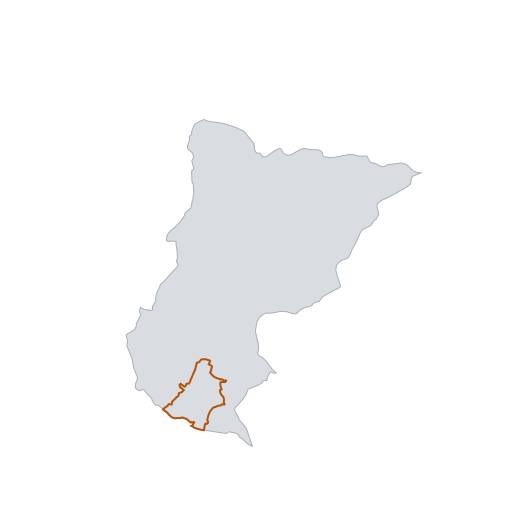 Mambéré-Kadéï on a map of Central African Republic (Natural Earth projection), rotated 318°
{"feature_id": "CAF-801", "entity_name": "Mambéré-Kadéï", "entity_type": "Prefecture", "adm_level": 1, "iso_a3": "CAF", "parent_name": "Central African Republic", "parent_adm1": "", "projection": "natural_earth1", "projection_center": [15.964, 4.523], "detail": "medium", "context": "in_parent", "style": "outline", "palette": "amber", "viewbox_px": 512, "rotation_deg": 318, "n_neighbors": 0, "source": "natural_earth", "source_scale": "10m", "svg_char_len": 5509}
<svg xmlns="http://www.w3.org/2000/svg" viewBox="0 0 512 512"><g transform="rotate(318 256 256)"><path d="M341.5,190.5L345.5,191.7L346.2,193.2L345.1,197.9L345.9,200.8L348.2,203.3L350.5,204.3L352.7,204.9L360.4,206.5L363.6,208.2L367.9,213.7L373.2,218.7L374.5,221.3L374.3,223.7L372.7,226.6L373.0,227.8L375.4,230.8L378.2,233.8L383.3,237.1L392.2,242.3L396.3,245.8L397.7,248.4L400.0,251.3L403.1,254.0L405.3,256.0L403.8,261.7L404.3,263.6L405.1,265.2L406.9,267.5L407.7,270.4L409.5,274.0L411.7,275.6L415.4,276.3L417.3,277.9L421.3,280.8L425.2,283.3L426.9,285.0L427.9,286.5L428.8,288.3L429.3,290.1L429.4,294.0L430.1,298.8L432.1,302.1L434.1,304.5L426.2,301.7L425.0,301.7L423.6,302.2L419.5,305.6L418.2,306.0L412.9,305.3L400.3,302.6L390.6,300.0L387.7,299.0L382.5,298.1L379.1,299.9L375.9,306.0L375.0,307.2L369.9,309.1L367.5,308.6L361.7,310.2L352.7,307.7L349.4,308.2L346.9,309.5L340.4,312.3L336.5,313.9L331.9,315.3L327.6,317.5L324.7,318.7L321.8,318.7L319.2,317.5L316.4,316.4L313.0,316.2L309.5,316.8L306.5,319.3L305.3,321.0L302.7,325.7L299.7,333.2L298.5,334.8L297.4,335.5L283.3,331.8L277.2,330.9L273.1,332.0L267.9,329.9L265.7,329.6L264.6,330.2L261.8,329.3L257.1,326.7L252.6,325.6L248.6,326.0L246.2,325.1L244.2,322.6L241.6,318.0L237.0,313.4L230.9,309.8L227.0,307.0L225.5,305.2L222.2,304.2L217.1,304.0L212.2,305.8L205.2,311.5L198.7,323.2L195.1,327.7L192.2,328.8L191.5,331.6L192.9,336.1L193.3,341.3L192.3,350.1L192.7,356.4L191.1,355.4L189.6,352.4L188.9,351.8L184.7,353.2L182.4,354.4L181.2,355.6L180.3,355.7L179.0,354.1L177.9,353.8L176.2,354.1L174.5,354.1L173.4,353.9L172.6,354.0L170.6,353.1L163.2,350.6L161.9,349.8L160.5,349.9L156.6,352.0L154.6,352.6L148.5,353.9L142.0,354.6L139.5,354.6L137.7,355.6L136.6,356.9L134.6,365.0L134.1,366.4L134.1,368.4L133.6,374.9L133.8,377.0L126.0,394.9L124.7,391.9L123.9,388.4L123.6,384.4L123.8,383.3L123.3,382.1L122.6,378.9L123.2,376.8L122.7,374.6L121.2,372.4L119.8,370.7L119.0,369.2L118.3,368.6L116.8,368.4L114.8,367.6L106.1,357.1L97.0,345.3L95.2,341.5L94.4,339.3L96.7,339.1L97.2,338.7L97.2,337.6L95.9,334.6L95.2,330.8L94.1,328.4L90.6,324.8L87.2,322.1L86.1,320.7L85.5,318.7L84.2,305.9L83.6,302.3L82.6,300.7L81.8,300.0L81.5,299.1L81.6,296.9L82.1,294.8L82.1,294.0L83.0,292.3L83.0,280.5L81.9,278.9L79.9,278.8L78.8,277.1L77.9,275.0L78.2,273.4L80.1,271.1L81.4,270.1L85.3,268.2L86.4,267.3L87.0,266.1L87.5,264.6L89.7,258.5L93.0,252.5L94.5,251.2L97.8,242.4L98.6,240.1L99.2,237.8L100.3,236.0L103.9,233.0L106.7,227.7L109.7,228.0L112.8,228.8L116.7,229.3L119.8,228.2L121.8,226.2L131.3,222.6L132.0,219.8L133.5,218.3L135.3,217.0L135.9,216.8L136.0,217.8L137.1,220.7L139.3,223.6L142.5,226.8L143.4,226.6L145.4,224.2L150.3,222.7L151.6,222.0L155.1,218.5L159.4,216.2L161.9,215.4L166.2,213.1L169.2,213.4L174.1,213.0L182.3,211.9L188.3,211.5L191.2,211.1L192.0,210.6L193.1,207.2L194.0,206.3L196.3,204.8L200.6,199.7L203.5,195.3L204.3,193.8L204.9,193.5L206.1,191.7L204.9,189.8L200.0,185.9L200.1,185.4L199.8,184.7L200.1,184.2L201.9,182.7L204.4,180.9L207.1,180.2L214.1,180.3L220.0,180.0L221.4,180.0L226.1,179.1L229.2,178.3L232.5,176.5L239.9,176.7L246.0,172.0L247.8,171.1L248.6,170.4L248.8,169.7L251.7,167.8L254.9,163.9L257.4,160.5L258.1,158.0L265.0,149.7L267.4,149.8L268.6,148.8L271.4,143.3L272.2,142.2L275.1,141.3L276.4,139.6L277.6,137.2L277.6,134.2L277.0,131.7L277.0,130.6L277.7,129.5L278.8,128.4L284.1,125.4L285.4,124.0L286.2,122.7L287.7,122.4L289.3,122.6L290.3,121.7L291.5,120.4L295.1,118.6L298.5,117.1L302.1,117.7L308.5,119.6L310.5,123.5L311.4,124.9L319.4,134.3L321.0,136.5L325.0,143.3L327.4,147.9L330.2,154.5L330.5,158.1L330.2,161.2L329.7,169.9L329.0,172.4L325.5,177.1L325.4,179.2L326.1,180.9L327.2,181.6L327.8,182.5L327.4,186.6L328.7,188.2L331.3,189.2L338.0,190.0L341.5,190.5Z" fill="#d9dde1" stroke="#a8b0b8" stroke-width="1"/><path d="M96.3,336.3L96.0,336.0L95.8,335.1L95.8,333.3L95.2,330.5L94.8,329.6L93.9,328.2L93.3,326.7L91.8,326.0L87.4,322.5L86.4,321.4L85.7,320.0L85.4,318.5L85.2,316.1L85.0,315.6L85.3,313.9L84.9,310.9L84.5,309.9L84.6,309.1L84.1,308.1L84.2,307.7L86.8,307.7L89.2,308.2L90.4,308.1L91.6,307.8L92.0,307.8L92.4,308.0L93.7,309.7L94.0,309.9L94.7,309.4L95.9,308.3L96.6,308.1L101.8,307.9L102.6,307.6L103.9,308.1L104.6,308.0L105.0,307.9L106.7,306.5L107.2,306.3L108.8,307.3L109.6,307.3L110.2,307.5L112.3,307.4L112.5,307.4L112.2,303.8L111.8,302.9L112.7,301.3L112.8,300.7L113.3,300.5L114.5,300.6L114.6,301.6L115.1,303.1L115.0,304.2L115.6,305.4L116.4,305.6L119.0,304.4L119.3,304.5L120.0,305.5L120.4,305.8L121.7,305.7L135.4,299.3L139.4,296.5L140.4,295.9L141.0,295.8L142.2,296.7L142.9,296.8L145.7,296.3L146.5,296.5L149.3,298.9L149.9,299.6L151.7,302.8L151.7,303.1L151.3,303.5L149.9,304.1L149.1,304.8L148.4,305.0L149.4,307.3L149.5,308.2L149.2,309.0L147.8,309.6L145.8,311.2L143.9,312.0L143.8,316.3L144.2,318.2L146.6,323.5L146.9,323.8L147.5,324.0L148.0,324.6L148.6,325.9L149.0,327.2L149.6,328.0L150.3,328.3L150.3,328.8L149.8,329.0L148.5,328.9L148.1,328.6L147.3,327.6L145.7,326.4L145.1,326.2L144.6,326.4L142.5,329.0L141.2,332.1L139.6,331.6L139.0,332.1L137.9,334.1L137.5,335.3L137.3,336.8L137.4,338.5L137.0,339.9L136.0,341.4L134.1,343.3L133.6,344.9L133.3,345.2L132.8,345.1L131.8,343.8L131.2,343.4L129.5,343.3L128.5,342.5L127.4,341.8L124.4,340.9L123.3,340.1L122.3,340.1L117.9,340.8L116.8,341.2L113.6,342.8L110.5,344.9L110.0,345.4L109.4,347.2L108.9,347.7L107.4,348.0L107.2,347.9L106.9,347.0L106.6,346.8L106.1,346.8L105.1,347.2L100.7,350.6L98.2,347.5L95.8,343.5L94.2,339.0L96.0,339.3L98.8,338.2L98.7,337.8L98.4,337.6L97.6,337.5L97.1,336.4L96.7,336.2L96.3,336.3Z" fill="none" stroke="#b45309" stroke-width="2"/></g></svg>